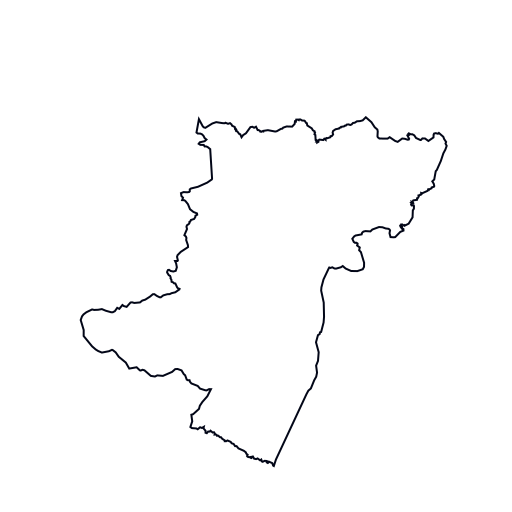 outline of Wang Saphung, Loei, Thailand, rotated 294°
{"feature_id": "78962969B13913499788092", "entity_name": "Wang Saphung", "entity_type": "district", "adm_level": 2, "iso_a3": "THA", "parent_name": "Thailand", "parent_adm1": "Loei", "projection": "natural_earth1", "projection_center": [101.796, 17.291], "detail": "fine", "context": "isolated", "style": "outline", "palette": "ink", "viewbox_px": 512, "rotation_deg": 294, "n_neighbors": 0, "source": "geoboundaries", "source_scale": "gbopen_adm2", "svg_char_len": 6096}
<svg xmlns="http://www.w3.org/2000/svg" viewBox="0 0 512 512"><g transform="rotate(294 256 256)"><path d="M71.4,357.7L78.2,357.0L150.5,358.3L154.3,358.6L157.3,360.0L166.2,359.7L170.2,360.1L174.3,359.2L180.3,355.5L185.4,355.3L193.6,352.4L201.6,345.9L208.9,344.8L210.5,345.9L212.3,345.5L213.1,346.4L222.7,344.8L228.1,342.9L241.0,336.8L250.9,329.6L254.0,328.5L262.0,327.2L274.6,327.5L275.3,327.6L275.4,328.9L276.7,330.3L276.5,332.7L277.0,334.2L280.2,338.1L282.1,339.3L281.0,343.0L281.0,349.0L283.4,354.7L287.3,358.9L290.0,359.1L293.8,357.5L302.2,350.3L303.2,347.9L306.0,347.3L306.7,344.1L308.5,343.9L308.8,343.5L308.9,342.0L308.3,341.2L308.6,339.6L310.9,337.0L313.8,337.7L315.2,338.6L318.7,343.7L320.5,343.5L322.0,344.2L323.3,345.9L325.0,350.5L327.5,351.5L332.5,356.6L333.7,359.9L333.9,363.2L334.7,365.9L334.6,367.0L334.0,368.0L331.1,368.7L328.0,371.2L329.1,374.2L329.9,375.5L336.7,378.0L339.2,380.4L340.6,379.7L340.7,378.8L339.7,379.5L340.9,377.3L341.3,377.8L341.8,377.6L341.4,377.0L342.3,376.5L342.0,375.7L342.4,375.4L343.0,376.2L343.8,375.8L344.3,376.7L344.0,378.6L344.6,379.1L344.2,379.5L347.6,382.3L355.0,383.3L361.5,380.7L363.4,381.0L365.9,380.0L366.0,378.2L365.5,377.6L366.0,376.8L367.2,376.9L367.6,376.2L367.9,376.7L368.5,376.3L368.4,377.0L368.9,376.4L369.0,377.2L369.3,376.8L370.8,377.1L372.8,380.2L374.2,379.7L374.4,380.2L376.6,380.5L377.4,379.8L379.0,381.6L379.4,381.4L380.0,382.0L380.8,381.4L380.9,382.3L385.4,386.3L386.8,386.2L386.8,386.7L387.2,386.5L387.6,387.4L389.2,388.8L390.1,388.6L391.7,390.4L392.4,390.4L394.3,389.0L395.9,386.7L398.4,387.7L406.6,385.7L408.1,386.2L418.0,386.2L426.0,385.4L430.3,385.7L434.2,385.4L435.8,383.4L437.5,383.3L439.3,380.4L441.1,378.6L442.8,373.0L441.7,372.5L441.3,370.2L440.3,368.9L439.1,368.9L436.5,369.9L431.2,366.7L432.1,362.6L431.1,360.2L429.1,359.5L428.8,359.0L428.9,354.2L430.6,351.5L430.8,349.3L430.1,347.9L430.2,345.7L429.3,345.4L428.5,346.3L427.7,345.3L425.4,348.2L424.5,348.2L423.9,347.2L423.6,344.3L422.8,341.8L417.9,339.0L417.7,336.3L418.9,329.8L416.8,328.5L413.5,321.0L414.0,319.0L414.7,318.3L419.4,316.5L420.9,315.4L421.9,312.1L425.2,307.0L427.4,299.9L423.3,298.3L421.5,296.1L420.1,293.4L417.9,292.0L417.0,290.5L415.0,289.8L414.0,288.8L413.9,287.1L412.9,285.4L411.6,285.0L411.2,284.1L410.2,283.7L408.6,281.2L408.0,281.3L407.0,280.1L406.3,280.1L404.1,277.1L401.6,275.6L399.9,275.8L398.4,277.0L396.5,276.5L395.8,275.4L394.7,275.6L392.5,273.1L392.4,272.3L391.4,271.9L390.5,272.3L390.9,270.7L389.3,270.3L388.1,266.5L387.1,266.1L385.7,266.6L384.6,265.8L385.4,265.5L385.1,264.7L385.7,264.8L386.0,263.9L386.5,264.2L386.6,263.1L390.7,261.0L391.0,259.9L392.6,259.8L392.8,259.2L393.7,258.9L394.0,256.8L395.3,255.0L396.1,249.8L398.0,248.4L397.9,247.7L399.2,245.7L399.3,245.0L398.5,243.0L398.8,241.1L398.3,239.9L397.5,239.9L397.6,238.6L397.0,237.3L395.9,237.6L395.5,237.1L394.9,237.6L394.6,236.9L392.4,237.6L388.9,236.4L386.8,231.3L384.3,228.6L383.1,228.3L382.3,227.1L378.4,224.2L377.5,222.9L375.8,215.7L373.3,211.8L372.7,212.0L372.4,210.8L371.6,210.3L371.4,209.2L371.9,208.8L372.1,207.2L371.7,206.3L374.1,203.4L372.4,202.1L372.6,200.2L371.5,198.5L364.0,196.9L361.3,195.1L358.6,194.5L360.8,192.1L360.7,191.0L362.3,188.1L362.0,187.1L362.8,186.3L363.5,186.5L363.8,186.0L363.4,185.9L363.4,185.3L365.2,184.1L365.3,181.1L366.2,180.2L366.8,178.2L365.4,176.7L365.3,173.9L364.6,173.5L363.8,171.5L362.1,165.2L359.3,162.2L352.5,157.6L352.3,155.9L352.9,154.5L357.8,148.2L344.6,151.4L344.2,153.0L345.2,155.4L345.2,157.2L344.4,159.2L342.9,161.0L342.2,163.4L340.0,162.4L337.0,158.4L335.2,158.0L334.9,159.9L336.2,163.1L335.2,164.5L335.8,165.7L335.9,167.4L335.0,170.7L308.8,184.4L308.0,184.5L303.2,181.6L295.6,174.8L291.2,169.1L289.9,168.4L288.1,169.2L287.3,168.9L286.3,167.4L284.9,163.8L282.9,161.9L280.4,163.5L279.6,165.6L277.0,165.8L277.8,167.9L277.5,169.2L275.7,172.7L271.9,176.7L270.8,180.9L270.9,184.8L269.8,185.5L268.2,184.3L266.9,184.7L264.7,184.4L262.4,181.9L261.1,181.9L259.9,181.3L259.4,181.8L257.9,181.6L255.9,180.4L254.4,180.6L252.6,182.0L245.9,182.1L245.3,184.0L244.2,185.1L242.2,185.7L238.2,189.4L236.5,190.3L229.2,185.6L224.9,184.0L223.1,184.2L220.2,186.4L219.5,186.3L218.5,184.1L216.8,186.0L213.5,188.3L209.8,188.7L208.2,186.8L207.6,184.1L208.0,182.2L207.4,181.3L205.7,181.2L204.8,181.5L203.0,184.1L202.9,185.6L201.7,186.8L200.8,187.0L200.0,188.3L198.1,189.4L198.2,191.2L197.7,192.2L198.1,193.5L195.2,196.8L194.7,198.0L194.9,199.5L194.3,199.6L190.0,197.0L187.7,194.0L186.1,192.7L185.0,190.5L182.3,187.3L179.5,185.8L179.1,184.7L179.2,181.7L179.8,178.7L179.1,177.3L175.8,175.7L171.1,172.6L169.0,170.2L166.4,168.9L163.6,163.9L163.3,161.7L162.5,160.3L156.9,158.5L156.5,155.5L156.9,153.9L152.1,152.6L152.2,150.3L148.2,149.5L146.3,148.0L145.7,146.6L144.9,141.0L144.8,136.8L142.7,133.7L140.9,130.1L140.5,128.0L135.6,123.9L132.5,122.2L130.1,121.6L126.2,121.9L118.3,128.7L112.8,131.1L106.8,143.0L105.4,147.6L105.0,150.4L105.1,154.5L109.2,160.4L111.7,162.6L111.8,163.3L110.9,167.0L108.1,171.6L105.7,180.4L101.6,186.0L105.8,192.2L104.3,196.4L104.5,197.3L105.9,198.6L106.2,200.6L103.7,208.7L104.8,212.7L106.8,214.4L108.6,219.7L116.0,226.5L119.8,228.2L120.9,230.3L121.2,234.5L118.7,238.1L118.2,239.8L114.9,243.0L114.8,244.4L115.5,245.8L114.2,246.9L113.3,248.8L113.6,255.6L112.1,258.8L112.7,264.2L113.1,265.5L115.3,267.3L116.0,269.0L108.0,268.6L101.0,266.4L96.4,265.6L93.1,266.1L85.9,262.9L84.7,261.5L79.0,265.0L73.1,265.6L72.7,267.4L74.2,271.7L74.0,273.2L76.8,274.6L76.9,276.5L78.7,277.8L77.2,278.1L75.8,281.0L74.0,281.8L74.1,283.1L76.2,283.7L76.8,285.2L77.9,285.5L77.1,288.2L77.9,289.3L77.1,290.6L76.0,290.8L76.6,291.9L76.6,292.7L75.9,293.4L76.5,294.6L75.8,296.7L76.2,297.8L75.3,299.4L74.8,302.5L74.1,302.8L74.6,304.0L75.9,305.0L75.9,308.5L75.0,309.9L75.2,312.0L73.8,314.2L74.4,315.6L73.1,318.2L73.1,324.1L72.5,326.6L71.5,327.5L71.0,329.2L69.6,329.2L69.2,330.0L69.4,331.6L70.2,332.8L69.5,333.3L69.6,334.0L71.2,334.2L71.6,334.7L70.1,336.7L70.5,338.7L71.7,339.8L71.0,342.9L72.2,343.6L70.7,345.0L70.7,345.8L72.4,347.2L73.0,348.9L73.1,350.1L71.8,349.9L71.7,351.0L73.4,351.7L73.4,355.1L71.5,356.9L71.4,357.7Z" fill="none" stroke="#020617" stroke-width="2"/></g></svg>